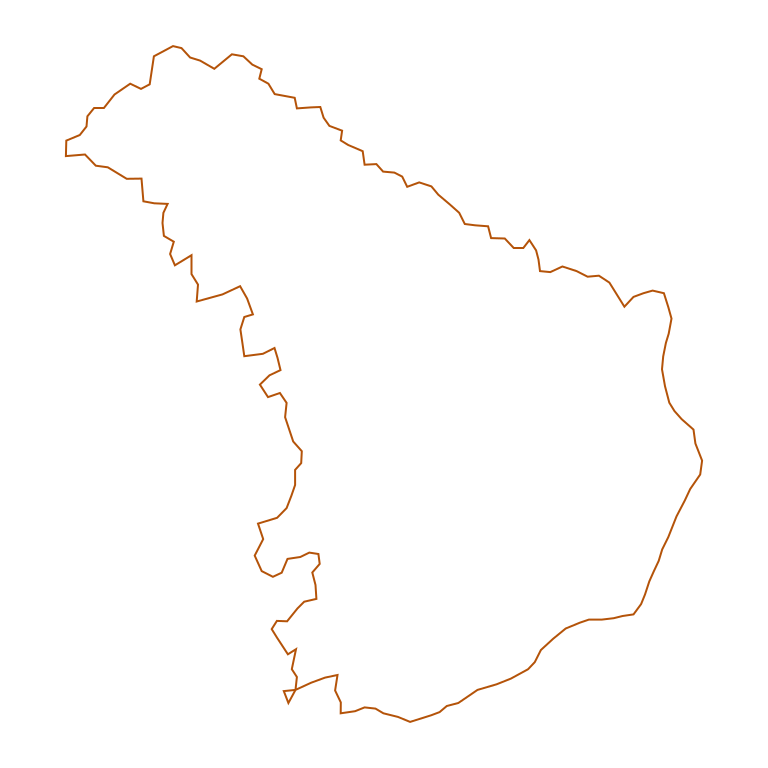 outline of Lobato, Paraná, Brazil
{"feature_id": "56859067B51763712276093", "entity_name": "Lobato", "entity_type": "district", "adm_level": 2, "iso_a3": "BRA", "parent_name": "Brazil", "parent_adm1": "Paraná", "projection": "mercator", "projection_center": [-52.0, -22.979], "detail": "fine", "context": "isolated", "style": "outline", "palette": "amber", "viewbox_px": 768, "rotation_deg": 0, "n_neighbors": 0, "source": "geoboundaries", "source_scale": "gbopen_adm2", "svg_char_len": 2454}
<svg xmlns="http://www.w3.org/2000/svg" viewBox="0 0 768 768"><path d="M340.7,713.3L355.1,711.2L364.6,707.4L375.5,708.6L383.4,713.3L397.9,716.9L410.1,721.9L431.1,715.3L439.6,712.1L446.8,706.0L458.3,703.0L477.5,689.9L496.6,684.3L510.9,678.6L528.1,669.2L534.8,662.1L540.9,650.0L553.1,638.8L565.7,628.5L579.8,622.7L588.9,619.6L601.8,619.6L613.7,618.2L622.6,616.0L633.5,614.4L641.1,604.1L645.0,594.5L649.3,581.4L653.9,571.1L658.7,560.9L662.2,549.4L668.3,537.1L676.5,516.4L684.8,500.5L690.2,489.0L700.2,474.5L702.1,460.6L695.4,443.5L693.5,429.6L681.7,419.2L674.5,411.1L669.3,402.7L665.0,386.2L662.0,369.3L663.2,356.4L665.9,342.9L668.7,333.7L671.5,318.6L668.3,307.1L663.9,293.2L652.6,290.6L643.5,293.2L633.5,296.9L624.4,306.7L617.0,294.8L609.4,282.6L598.9,275.7L587.6,276.7L576.6,271.1L562.4,266.5L550.3,272.1L540.0,271.1L538.5,259.6L536.1,250.4L529.4,240.1L523.3,248.0L513.7,248.0L504.8,238.5L491.1,238.1L488.1,226.3L475.1,225.3L464.8,224.0L459.2,212.8L449.2,203.9L438.3,194.7L431.4,186.4L419.2,182.4L407.2,186.8L402.2,176.6L394.4,172.6L383.1,171.6L376.4,164.1L364.6,164.7L362.7,151.2L348.2,145.0L340.7,140.4L342.1,130.7L329.4,125.9L323.6,117.7L320.3,107.0L310.8,107.4L296.9,108.4L294.7,97.8L274.7,94.1L268.4,83.7L259.3,78.7L261.7,69.2L252.3,64.6L243.4,56.3L231.9,54.3L214.3,68.8L200.1,60.6L190.1,57.5L181.5,48.1L173.0,46.1L153.9,56.3L149.7,84.3L141.0,88.9L130.2,83.7L114.5,94.5L103.9,108.0L94.1,108.0L87.4,116.3L86.5,126.5L79.8,135.0L66.3,140.6L65.9,156.1L85.0,154.5L95.8,165.7L107.8,167.3L126.7,178.8L141.5,178.6L143.4,201.3L154.3,203.3L167.6,203.9L163.4,212.8L162.5,223.0L163.9,235.9L173.8,241.7L170.1,254.0L174.9,265.3L191.5,255.2L191.5,274.1L198.0,284.6L196.7,301.5L222.5,294.4L240.1,286.2L247.1,298.5L252.9,314.4L244.3,317.0L240.4,329.4L242.3,342.3L244.3,356.2L262.9,353.8L274.5,348.0L277.5,357.8L280.5,370.1L269.5,375.3L259.9,384.6L268.0,397.1L279.9,393.0L286.6,402.9L285.1,417.2L293.2,441.5L301.8,451.2L301.2,463.1L295.1,469.9L295.1,485.0L291.4,495.7L286.6,508.1L277.1,517.8L258.0,523.6L263.2,539.1L254.7,555.6L261.7,571.1L272.9,576.8L281.7,572.7L287.5,558.9L300.3,557.0L309.3,552.6L318.4,554.0L319.7,563.9L312.3,572.5L315.5,585.0L316.4,598.9L304.2,601.7L297.5,608.4L287.1,621.3L276.9,620.9L271.7,629.1L277.1,637.8L287.9,654.3L296.0,649.2L291.8,669.2L296.9,677.0L295.5,689.9L311.2,682.7L325.1,677.6L337.5,675.0L335.1,690.5L340.8,702.4L340.7,713.3ZM295.5,689.9L283.8,691.1L288.4,703.0L295.5,689.9Z" fill="none" stroke="#b45309" stroke-width="2"/></svg>